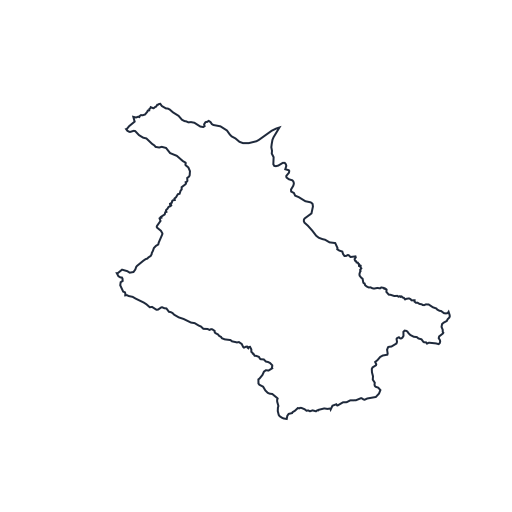 the district of Peñol, Antioquia, Colombia, rotated 327°
{"feature_id": "7082276B19280887364863", "entity_name": "Peñol", "entity_type": "district", "adm_level": 2, "iso_a3": "COL", "parent_name": "Colombia", "parent_adm1": "Antioquia", "projection": "orthographic", "projection_center": [-75.222, 6.241], "detail": "fine", "context": "isolated", "style": "outline", "palette": "slate", "viewbox_px": 512, "rotation_deg": 327, "n_neighbors": 0, "source": "geoboundaries", "source_scale": "gbopen_adm2", "svg_char_len": 6126}
<svg xmlns="http://www.w3.org/2000/svg" viewBox="0 0 512 512"><g transform="rotate(327 256 256)"><path d="M124.9,217.8L126.4,218.5L127.4,220.2L130.3,223.1L131.8,226.1L136.5,233.9L137.8,236.8L139.0,241.1L141.1,242.1L143.2,246.8L144.6,247.6L148.4,247.5L149.3,247.8L150.7,249.9L152.3,251.2L152.6,255.4L153.9,256.6L154.9,258.3L155.4,260.7L157.8,265.4L161.0,269.4L165.2,276.4L168.0,278.9L170.1,283.2L171.4,285.1L172.2,288.4L175.6,290.8L176.8,292.7L178.5,292.9L179.4,293.7L180.5,296.3L179.9,297.3L179.9,298.4L181.4,301.1L181.6,303.0L182.6,304.8L182.6,306.4L184.4,308.9L188.8,312.6L189.4,314.5L192.0,317.1L192.9,318.1L194.8,318.9L196.1,322.0L195.7,325.3L196.0,326.3L198.3,326.6L199.2,327.1L199.0,328.3L199.3,329.1L200.2,328.4L201.5,328.9L201.2,331.8L199.9,333.8L200.3,335.3L200.1,336.2L200.6,336.6L200.5,338.9L201.8,339.9L203.5,342.2L203.4,344.3L203.7,345.1L206.2,347.0L206.8,349.9L208.4,351.5L209.5,353.4L210.1,356.5L209.7,357.2L208.7,358.0L208.5,359.0L204.1,358.9L202.1,357.2L199.7,357.3L196.6,359.3L192.2,360.7L190.8,360.8L188.6,364.3L188.7,365.8L190.8,369.5L190.6,373.8L191.3,377.1L192.4,378.8L194.5,380.6L196.5,386.9L196.5,387.4L195.4,388.1L194.4,389.8L193.1,394.0L191.8,395.1L189.8,397.9L188.5,401.7L188.6,403.3L189.8,406.0L190.7,407.3L193.0,409.4L195.2,407.1L197.4,406.2L200.7,407.4L201.6,406.9L204.3,407.0L208.3,406.3L209.2,407.3L210.3,407.4L211.4,408.2L213.3,411.0L214.1,413.3L215.6,413.9L216.7,415.6L219.4,416.3L221.7,418.9L223.4,418.8L224.2,419.4L224.7,419.1L230.2,421.0L232.7,423.2L234.9,424.2L235.2,424.6L235.0,425.4L238.6,423.2L242.6,424.1L242.6,425.4L243.0,425.8L249.3,426.1L252.4,428.0L256.4,428.4L261.2,431.4L266.5,432.4L267.1,432.8L268.0,434.8L268.8,435.7L271.7,436.1L279.7,439.5L284.2,438.4L287.3,436.2L286.8,433.0L285.1,430.8L284.9,429.7L285.3,428.5L286.6,426.9L286.6,423.3L288.6,420.6L289.9,416.7L291.6,413.8L293.1,412.9L297.1,413.0L297.9,412.3L298.2,409.8L301.1,409.5L305.2,408.3L308.1,408.5L312.4,410.3L313.3,409.5L314.9,406.0L317.1,404.4L318.1,404.6L320.3,405.7L326.1,405.9L327.5,404.8L328.7,402.1L329.7,401.7L331.6,402.0L331.9,403.3L332.4,404.0L333.2,404.3L334.4,404.2L336.2,403.3L338.3,399.9L340.0,399.5L341.3,400.7L341.8,401.8L341.9,404.0L342.4,406.3L344.3,409.6L346.7,411.6L347.3,413.6L349.4,416.0L349.6,419.1L350.0,419.9L351.6,421.1L351.7,422.6L353.5,422.8L354.2,423.2L359.3,427.3L361.2,429.4L362.7,429.1L363.9,428.0L364.4,426.9L364.5,424.4L365.8,423.2L370.4,422.8L371.3,422.4L371.3,421.3L372.4,419.6L373.0,416.5L375.0,414.4L377.1,414.1L380.6,414.4L382.3,413.4L384.6,412.9L385.5,412.3L386.2,411.1L387.1,407.7L386.0,408.2L385.0,408.1L383.6,407.3L382.5,406.3L381.3,403.0L380.0,401.8L378.8,399.6L378.7,398.3L376.4,395.3L374.4,390.7L372.1,389.1L370.3,388.8L369.1,387.9L368.7,386.8L367.0,385.2L366.0,383.1L364.7,382.4L364.1,380.6L364.9,379.5L362.3,377.9L362.1,376.3L361.2,374.9L358.8,373.8L357.4,373.6L357.2,371.6L356.3,370.6L356.2,369.5L355.7,368.8L355.0,369.0L354.4,367.9L353.3,367.7L352.8,366.4L350.2,364.9L347.7,361.8L346.3,360.7L345.8,357.1L347.2,355.3L347.1,354.7L346.4,354.1L346.4,353.2L345.7,353.1L345.6,352.2L343.9,350.6L342.4,350.7L340.4,348.9L337.2,347.6L335.9,346.3L335.0,344.7L333.4,343.8L332.3,342.0L331.6,340.0L332.1,338.2L331.5,337.4L331.6,336.5L333.0,333.1L332.4,331.4L332.2,328.9L332.9,327.5L334.6,326.0L335.5,325.6L335.7,324.4L337.6,323.7L337.5,322.7L337.9,322.0L337.5,321.3L338.4,320.9L338.1,320.4L337.2,320.1L338.0,318.9L337.6,318.1L337.8,317.1L336.8,316.2L337.1,314.9L336.6,314.3L336.6,313.5L337.0,312.3L338.9,311.5L339.2,310.5L334.7,308.3L334.2,305.9L333.6,305.2L331.6,305.0L330.2,304.2L330.1,301.7L330.8,299.3L328.8,296.8L327.8,294.6L328.7,293.7L329.5,288.3L325.1,284.6L322.8,280.0L320.9,278.0L318.6,274.9L317.5,271.8L317.0,265.4L316.0,258.8L314.8,254.4L315.1,252.8L316.1,251.5L317.3,251.0L325.7,250.5L330.7,245.5L331.8,243.2L331.5,241.7L331.0,240.7L327.2,236.9L323.9,229.9L321.7,226.7L322.1,223.8L320.6,221.1L321.6,219.3L325.5,217.4L327.1,216.0L327.6,215.0L327.9,213.8L327.7,212.3L325.4,209.6L324.4,207.0L324.5,206.1L325.1,205.3L329.0,204.1L330.2,202.8L330.2,201.9L327.8,199.2L330.5,196.9L331.0,195.4L330.8,193.5L329.2,192.5L323.9,192.3L321.6,191.5L320.4,190.4L320.5,188.5L324.6,182.7L325.0,178.7L326.7,176.5L328.1,173.1L330.2,170.6L333.1,167.5L335.5,165.9L345.6,161.0L342.3,160.1L337.4,159.5L321.6,160.2L318.9,160.0L311.4,157.4L306.6,154.3L304.3,151.2L302.8,146.2L300.7,142.4L300.2,139.8L300.0,134.9L296.8,127.9L291.6,122.9L290.8,121.3L290.8,118.9L289.9,116.9L288.0,116.9L287.2,116.4L286.4,116.3L284.2,117.3L283.6,119.1L282.0,119.1L279.8,117.1L276.9,110.7L274.4,108.3L272.1,107.1L270.8,105.1L269.5,103.9L268.1,101.4L267.4,96.3L264.6,90.3L263.4,86.1L262.4,84.4L260.8,83.1L258.7,78.9L258.6,76.2L257.3,75.7L256.3,75.8L255.6,75.4L253.6,76.3L252.7,76.1L250.9,76.3L250.4,76.2L248.8,73.9L248.2,74.4L246.5,74.7L245.8,75.7L244.4,75.1L243.5,75.8L240.0,76.9L237.5,76.2L236.3,75.2L234.5,75.3L233.8,75.9L233.0,75.0L230.8,74.5L228.9,72.5L227.4,77.2L220.4,78.0L216.9,79.1L216.2,78.9L216.3,80.9L217.4,82.9L218.3,83.5L221.6,84.4L222.7,85.4L223.7,90.9L225.8,95.3L228.1,97.7L229.9,105.3L231.0,108.0L231.2,109.8L233.9,112.3L236.4,113.1L239.4,116.4L240.0,122.9L244.2,129.0L246.3,136.5L247.7,139.2L247.7,139.8L246.7,140.7L246.4,141.5L247.5,144.9L246.8,148.9L244.4,152.1L243.2,152.9L240.8,153.1L239.4,155.6L238.4,156.0L237.2,155.8L236.9,156.9L236.1,157.4L231.1,157.8L229.9,159.7L228.4,160.1L225.8,162.2L224.1,161.6L220.9,163.2L218.9,163.4L218.4,164.8L216.4,164.0L215.7,164.2L214.4,165.5L212.3,165.4L211.9,166.3L212.6,166.9L212.5,167.4L211.3,167.6L209.4,167.2L207.4,168.2L205.9,168.4L205.3,168.8L204.9,170.2L203.7,169.9L202.1,171.4L197.5,171.4L197.1,171.5L197.3,172.3L195.6,172.0L195.0,174.6L189.4,176.8L188.6,177.5L188.5,178.4L190.0,183.1L189.8,186.1L189.2,186.8L181.8,191.7L180.3,193.1L177.6,193.0L174.7,193.7L172.4,195.5L170.3,196.7L169.4,197.7L167.7,198.6L164.9,198.6L163.5,199.0L161.7,198.5L158.9,198.6L150.8,199.5L149.6,199.9L147.4,201.6L144.5,202.7L141.0,201.2L139.8,198.6L136.2,194.5L130.8,195.1L129.9,194.6L129.6,198.0L130.6,200.1L131.8,201.0L131.7,202.3L130.6,204.3L128.2,204.3L126.2,206.6L125.2,213.5L126.3,215.1L125.9,216.5L124.9,217.8Z" fill="none" stroke="#1e293b" stroke-width="2"/></g></svg>